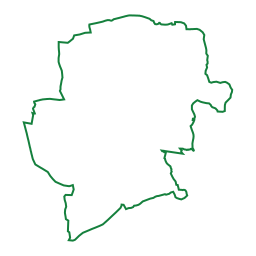 outline of Acatlán, Veracruz, Mexico
{"feature_id": "50627088B71812664206882", "entity_name": "Acatlán", "entity_type": "district", "adm_level": 2, "iso_a3": "MEX", "parent_name": "Mexico", "parent_adm1": "Veracruz", "projection": "albers", "projection_center": [-96.837, 19.689], "detail": "fine", "context": "isolated", "style": "outline", "palette": "green", "viewbox_px": 256, "rotation_deg": 0, "n_neighbors": 0, "source": "geoboundaries", "source_scale": "gbopen_adm2", "svg_char_len": 4922}
<svg xmlns="http://www.w3.org/2000/svg" viewBox="0 0 256 256"><path d="M229.4,84.4L227.0,82.7L225.2,81.9L222.7,82.2L220.3,82.9L216.4,81.7L213.2,82.1L211.3,82.7L209.3,81.9L208.3,78.6L207.1,75.2L205.4,73.8L205.7,70.7L207.1,67.5L206.5,64.8L207.6,63.5L207.6,61.7L207.2,60.1L207.8,55.8L207.6,55.5L206.3,53.6L206.3,52.8L206.4,50.4L206.2,49.0L205.9,47.6L204.5,42.3L203.7,39.2L204.0,37.0L204.3,35.0L202.7,32.3L199.6,29.8L196.9,28.9L192.9,29.1L192.1,29.1L190.3,29.2L190.1,29.3L187.8,29.2L186.5,29.2L186.0,25.7L184.2,23.4L180.9,22.2L175.1,22.0L175.0,23.4L175.0,24.3L174.5,24.4L172.3,24.7L171.6,23.2L171.3,23.3L167.8,24.5L165.6,24.7L165.3,24.7L161.3,24.4L160.4,23.8L159.8,22.9L159.2,22.8L159.0,23.0L158.6,23.7L156.8,24.3L155.1,24.1L154.2,22.8L153.5,21.0L151.3,20.3L149.7,18.9L149.3,18.7L144.8,17.1L141.9,16.2L139.9,15.8L139.7,15.7L134.6,15.5L130.2,15.4L129.4,15.4L128.1,15.6L125.1,16.3L124.1,16.6L121.4,17.3L118.8,18.0L118.5,18.1L117.9,18.2L113.6,19.3L112.4,20.3L111.2,20.7L109.1,20.1L107.6,20.1L105.3,20.7L102.8,21.6L100.7,22.1L96.3,23.1L89.4,24.5L89.3,25.1L89.3,26.1L89.5,27.5L90.1,29.5L90.7,32.5L86.8,32.7L85.1,32.8L79.6,34.5L74.2,35.4L73.0,38.7L69.7,41.4L67.8,42.8L62.0,42.3L58.9,42.0L58.7,42.0L58.7,46.6L58.7,47.3L58.9,50.5L59.0,51.0L59.2,53.8L59.2,54.2L58.8,56.7L58.6,58.0L58.6,59.9L58.6,61.9L59.2,64.0L60.1,66.6L60.3,67.1L60.5,67.5L61.8,70.7L62.2,74.3L62.4,76.9L62.5,77.4L61.6,80.6L61.0,84.1L60.6,86.0L60.6,86.3L60.5,86.7L60.5,87.7L60.5,88.2L60.5,89.4L59.9,90.9L64.1,99.4L61.3,99.8L59.4,100.0L58.1,99.8L57.9,99.8L56.4,99.6L55.3,99.5L51.9,99.1L51.2,99.0L50.3,98.9L49.2,98.9L47.1,99.0L45.1,99.2L42.9,99.4L42.7,99.4L42.4,99.5L40.5,99.9L40.3,99.9L39.4,100.2L37.8,100.6L37.4,100.7L37.0,100.8L34.1,101.6L34.3,102.8L35.3,104.3L34.5,106.8L33.6,107.4L33.0,108.7L34.8,113.5L34.0,113.6L33.4,113.4L32.5,113.1L32.9,114.3L33.2,114.9L32.9,116.5L31.6,123.8L23.8,122.4L24.3,124.2L26.4,132.2L26.8,133.6L26.8,133.8L27.5,136.8L27.9,138.5L28.4,140.4L28.6,141.3L30.0,147.6L30.2,148.1L30.8,151.1L31.1,152.0L31.3,153.1L31.7,154.7L32.0,155.7L32.2,156.7L32.8,159.0L33.2,159.9L35.3,164.4L35.9,164.8L37.7,165.9L38.7,166.5L41.0,167.9L42.1,168.5L47.8,172.0L50.3,176.0L52.3,178.4L53.0,179.2L55.5,181.8L60.2,183.9L63.7,185.4L69.1,186.2L70.0,186.0L71.6,185.5L72.8,185.1L73.4,188.0L73.7,189.4L72.9,191.8L71.7,195.1L65.6,194.9L64.3,196.5L64.7,199.9L65.7,203.1L66.2,206.7L65.3,209.2L65.2,209.3L64.9,212.8L65.6,216.8L65.9,219.1L66.5,219.5L68.3,220.6L67.9,231.3L69.3,232.3L69.8,235.6L70.1,237.7L68.8,240.2L72.8,240.6L74.0,240.2L74.9,239.8L75.1,239.7L79.1,235.8L82.0,233.5L82.9,232.8L83.1,232.7L89.1,230.2L90.7,229.5L92.6,228.7L94.7,227.9L99.8,225.8L100.0,225.7L102.8,224.4L107.0,220.7L107.9,219.9L109.7,218.2L111.6,216.4L116.1,212.2L116.7,211.6L120.5,207.9L121.5,205.7L121.6,204.6L123.6,204.8L124.8,206.9L125.4,208.0L126.0,209.1L128.6,208.1L131.1,207.9L133.1,207.1L134.1,205.7L136.1,205.5L138.5,204.8L140.2,203.7L142.8,201.4L143.4,201.2L147.1,199.8L150.3,198.6L153.4,197.9L155.3,196.7L157.0,196.1L158.9,195.9L159.1,195.8L164.2,194.4L165.0,194.2L166.0,194.7L169.2,193.8L170.8,192.5L173.2,191.8L174.2,193.7L174.7,194.7L175.5,197.2L177.1,198.2L178.5,198.6L179.0,198.8L181.3,199.4L184.5,198.0L187.2,195.5L186.6,193.7L186.5,192.9L186.4,192.1L186.3,191.9L185.7,190.8L185.5,190.5L185.0,190.1L184.5,190.0L184.3,189.9L183.8,189.9L183.5,189.9L183.2,189.9L182.7,190.1L182.4,190.0L182.0,189.9L178.8,189.7L178.3,187.3L177.9,186.0L177.7,185.0L176.3,184.8L175.6,181.5L174.1,179.6L173.8,179.3L173.3,178.4L172.4,176.8L171.2,174.3L170.8,173.4L171.7,171.6L171.4,171.1L171.3,169.9L171.5,169.2L171.0,168.3L171.0,168.2L170.7,167.7L170.6,167.2L170.6,166.8L170.3,166.2L169.8,165.9L168.7,165.0L167.7,164.2L167.2,163.7L166.6,163.0L165.7,161.2L165.2,159.7L165.0,158.7L164.4,158.2L164.8,156.6L165.2,155.2L165.9,152.3L165.3,152.5L164.9,152.2L164.2,152.2L163.5,151.5L163.4,151.0L162.7,151.3L162.2,151.2L161.8,150.6L182.7,153.7L182.0,152.9L181.3,152.0L181.2,151.3L181.7,150.5L180.4,149.1L180.0,148.6L180.5,148.6L182.9,148.7L184.3,149.4L185.8,149.6L186.8,150.0L187.2,149.7L188.2,149.6L188.3,149.8L189.6,149.5L191.5,149.0L191.4,148.8L192.0,148.7L192.8,150.3L193.6,150.7L193.8,150.5L193.5,149.5L192.8,148.4L192.5,147.4L192.5,146.0L192.4,143.6L192.8,141.2L193.4,138.3L193.5,137.2L193.6,136.1L193.5,135.5L193.5,134.8L193.1,133.3L193.1,133.2L192.4,131.3L191.6,129.2L190.6,126.1L190.9,125.8L192.1,124.7L193.5,122.1L194.2,120.3L192.7,120.1L192.9,118.7L194.4,118.5L195.0,116.8L194.6,115.3L194.4,114.6L194.2,114.1L192.8,111.2L191.9,109.3L191.9,105.5L193.2,103.4L195.5,101.5L197.4,100.2L199.1,101.0L199.5,101.2L200.5,101.7L202.5,102.3L206.2,103.1L206.9,103.2L209.1,103.4L210.8,105.0L211.2,106.0L212.3,107.2L214.0,107.8L215.5,108.4L216.5,109.5L217.3,110.3L217.6,111.5L218.8,111.6L222.7,111.8L224.8,111.0L224.8,107.6L224.9,105.0L225.6,102.6L226.6,101.6L228.2,100.0L230.5,97.6L230.9,94.4L231.0,94.2L231.9,92.1L232.2,89.8L231.3,88.6L230.6,87.5L229.4,84.4Z" fill="none" stroke="#15803d" stroke-width="2"/></svg>